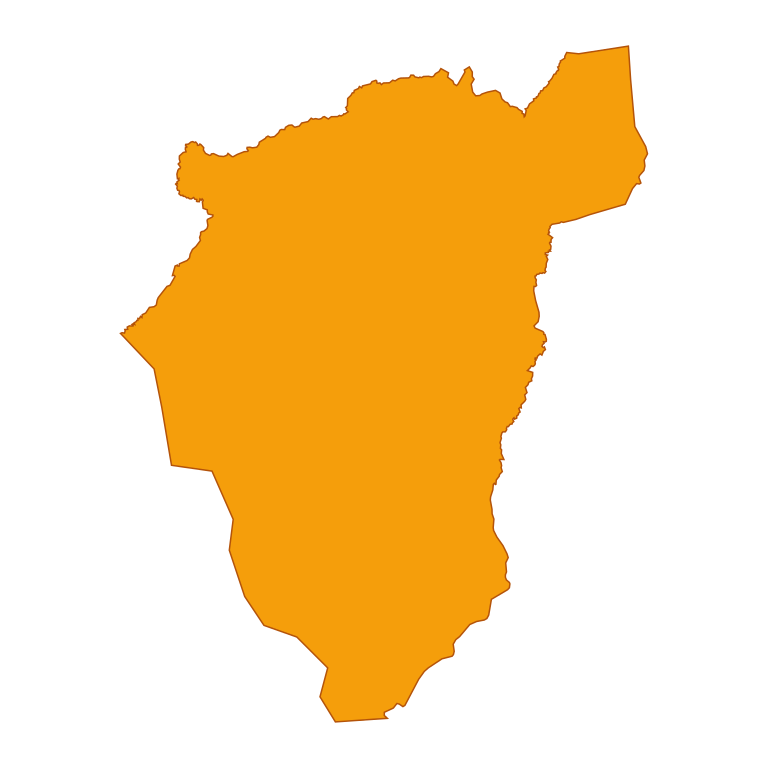 Tempane, Upper East, Ghana
{"feature_id": "2480657B5704764806917", "entity_name": "Tempane", "entity_type": "district", "adm_level": 2, "iso_a3": "GHA", "parent_name": "Ghana", "parent_adm1": "Upper East", "projection": "orthographic", "projection_center": [-0.066, 10.901], "detail": "fine", "context": "isolated", "style": "filled", "palette": "amber", "viewbox_px": 768, "rotation_deg": 0, "n_neighbors": 0, "source": "geoboundaries", "source_scale": "gbopen_adm2", "svg_char_len": 6041}
<svg xmlns="http://www.w3.org/2000/svg" viewBox="0 0 768 768"><path d="M387.3,718.3L384.3,715.5L384.3,712.3L393.4,708.0L396.9,703.5L399.3,704.1L402.9,706.6L404.9,705.4L418.7,679.2L424.3,671.4L428.5,667.7L442.0,658.8L452.1,656.2L453.4,654.6L454.2,651.3L453.2,644.2L455.8,639.6L459.6,636.6L469.8,624.5L476.6,621.5L484.3,620.0L486.9,618.5L488.7,615.1L491.4,599.3L507.6,589.7L509.4,587.7L509.9,583.9L509.4,582.5L506.4,579.9L505.4,577.3L505.4,574.8L506.5,571.9L505.7,562.9L508.2,557.6L507.0,553.8L503.0,545.7L496.9,537.1L493.6,530.5L493.2,527.6L493.9,519.1L492.1,513.8L492.0,509.3L490.3,500.0L490.6,496.8L492.8,489.9L493.3,484.4L494.3,483.3L495.3,484.5L495.9,484.3L496.3,480.0L499.2,476.2L499.5,474.5L502.3,471.6L501.1,467.6L501.6,465.7L501.0,462.6L499.4,460.0L500.0,459.4L503.9,459.5L501.3,453.6L501.6,449.8L500.4,448.4L500.8,444.8L500.0,442.7L501.4,438.2L500.9,436.6L501.9,432.9L502.8,431.9L505.4,431.8L506.7,429.7L506.4,428.4L507.2,426.5L508.4,426.6L510.1,424.3L512.1,424.0L512.5,422.6L513.8,421.6L512.8,419.6L513.0,418.8L514.0,417.8L514.6,419.1L516.7,418.2L516.8,415.8L518.3,414.8L518.6,413.1L520.1,412.0L518.8,408.6L519.9,407.5L521.3,407.9L521.1,404.8L524.7,401.3L525.8,399.4L524.7,394.9L527.0,392.6L525.4,387.4L528.0,384.7L528.7,382.3L531.8,380.8L531.4,378.8L532.6,376.0L532.7,372.4L527.4,370.6L530.1,367.9L531.3,365.9L533.0,366.5L534.6,365.2L535.3,363.8L535.0,361.4L536.2,359.8L535.0,359.2L535.2,358.0L536.9,358.2L537.7,356.0L540.1,353.9L541.9,355.1L543.4,351.3L545.4,349.6L544.4,346.9L543.4,347.6L542.0,346.5L542.4,344.8L544.1,343.3L543.5,341.7L545.3,341.9L546.3,341.3L546.4,339.3L545.0,334.5L543.8,334.3L543.8,332.6L542.8,331.5L535.1,328.1L534.0,325.9L538.1,321.7L539.2,316.3L539.0,312.3L535.6,300.5L533.7,290.8L534.0,286.4L535.5,286.5L536.6,285.5L535.9,282.4L536.3,279.8L535.1,277.7L535.0,276.1L536.1,275.8L536.7,274.4L539.0,274.0L539.8,273.1L542.1,273.4L543.0,272.6L544.6,273.1L545.9,271.5L545.0,270.4L545.5,267.9L546.1,267.2L546.3,263.2L547.8,259.5L546.3,256.4L547.6,255.1L545.3,254.5L545.3,252.9L548.4,252.4L548.4,251.2L550.5,251.1L549.6,249.9L550.7,249.3L551.0,246.1L549.5,243.2L549.7,242.4L551.0,242.3L551.1,239.4L552.6,237.7L548.0,234.2L549.0,233.2L548.7,232.5L549.4,232.2L548.6,230.8L549.1,229.1L550.2,227.6L549.9,226.5L552.0,224.3L559.7,223.0L561.3,221.8L563.3,222.4L575.9,219.4L589.8,214.6L625.3,204.2L632.5,188.6L636.6,183.6L639.4,184.0L640.9,183.0L638.8,177.3L639.6,175.4L643.9,170.5L644.9,166.0L644.2,160.1L647.5,153.8L645.7,146.6L634.8,126.6L630.6,79.5L628.4,46.1L578.7,53.8L566.7,52.5L564.8,56.3L564.8,58.2L560.3,61.0L560.5,62.1L559.3,63.8L558.9,66.5L557.7,67.0L558.7,69.4L558.3,70.5L557.5,70.5L556.0,72.6L556.0,73.7L553.9,74.4L552.0,78.3L549.3,81.5L548.6,81.6L549.1,83.2L546.2,86.8L543.9,87.9L542.6,90.6L540.6,90.9L540.1,93.0L538.9,93.5L538.3,95.5L537.4,96.8L536.5,96.8L536.3,98.0L533.5,98.9L533.8,100.8L529.5,103.9L527.5,108.1L525.1,108.9L526.2,110.5L525.1,115.8L524.2,116.8L523.8,114.0L522.1,113.4L522.2,111.4L518.6,109.4L517.0,107.6L512.3,106.3L510.3,106.6L507.5,102.7L505.2,102.0L501.9,98.9L500.0,93.0L495.5,90.4L487.5,92.1L481.9,94.0L479.9,95.5L475.7,95.8L472.7,92.1L471.2,84.1L474.1,79.2L472.3,76.7L472.3,72.0L469.3,66.9L464.3,70.0L465.0,72.0L458.1,84.0L456.6,85.6L454.0,84.0L452.9,81.1L447.6,77.2L448.5,72.8L440.9,68.6L439.0,71.6L435.4,73.7L433.5,76.4L431.5,76.9L428.6,76.3L423.5,76.5L421.7,77.6L419.8,77.1L418.8,77.8L414.9,76.9L413.6,75.2L410.9,75.1L409.7,77.3L408.7,77.9L400.8,78.1L398.6,78.7L395.2,80.9L392.7,80.2L389.5,82.8L383.4,83.0L381.4,84.6L380.0,82.9L378.0,83.3L376.8,82.9L376.8,81.1L375.9,80.3L372.0,81.6L370.5,83.9L362.5,85.9L361.7,87.8L359.4,86.5L358.4,88.5L354.3,90.4L353.8,92.7L352.3,92.9L350.9,95.4L347.7,98.5L347.4,105.8L345.7,107.6L346.5,108.4L346.4,109.9L348.2,111.8L345.0,113.9L343.7,113.9L343.5,114.6L341.1,116.0L339.4,115.4L337.6,116.6L331.3,116.7L328.3,119.0L324.4,116.6L323.0,117.0L321.4,118.5L318.8,119.3L315.6,118.6L313.0,119.2L311.2,118.2L308.0,121.6L301.7,123.0L299.3,126.1L295.3,127.1L294.5,127.1L291.9,125.0L288.8,125.3L285.5,127.3L284.7,129.6L281.3,129.5L279.9,130.2L278.7,132.6L274.5,136.6L270.4,137.3L268.0,136.1L266.0,137.3L265.5,138.3L259.3,142.2L258.8,144.6L256.7,147.2L252.5,147.8L249.9,147.2L247.1,147.4L246.9,148.8L248.3,150.6L247.7,151.4L244.2,151.7L237.3,154.4L233.2,156.7L232.0,156.6L228.0,153.4L226.8,155.3L223.7,156.5L218.9,156.1L213.5,153.6L211.4,153.9L210.7,155.2L209.6,155.4L205.5,153.4L203.4,150.1L203.7,147.6L201.0,144.7L199.9,144.0L198.9,145.3L197.5,145.4L197.4,144.0L195.7,142.0L194.4,142.5L192.8,141.6L191.0,142.0L188.4,144.1L185.7,144.4L185.5,145.2L186.8,146.7L186.7,147.3L185.5,147.3L185.3,149.3L186.1,151.8L183.2,152.5L179.4,156.0L179.3,159.2L180.2,162.0L178.2,164.0L180.5,167.1L179.9,168.7L178.8,168.9L177.9,170.3L176.9,174.1L177.4,178.7L178.9,178.4L178.5,179.6L179.1,180.2L176.9,182.0L177.4,183.7L176.1,183.5L175.6,184.1L177.4,186.2L176.9,188.2L177.6,190.2L179.1,190.6L179.5,191.8L178.9,193.8L180.9,195.5L182.9,195.3L183.2,196.3L185.2,196.5L186.7,197.9L188.2,197.6L189.3,198.7L191.3,198.9L193.7,197.5L194.8,199.2L196.8,199.5L196.5,201.2L197.0,201.6L199.3,201.7L200.0,199.0L201.2,200.2L202.1,198.9L203.2,200.3L202.4,202.2L203.1,208.3L207.3,209.9L207.3,211.9L208.2,214.0L212.9,215.0L212.9,216.2L212.0,217.2L207.5,219.4L207.1,220.6L207.9,225.6L207.0,228.6L203.9,231.1L201.4,231.7L200.6,232.6L200.6,234.7L199.6,237.4L200.4,240.5L195.9,246.5L192.5,249.4L190.2,254.1L189.5,257.9L187.1,260.5L179.4,263.8L179.1,266.1L177.5,266.0L177.3,265.1L175.1,266.0L172.4,275.6L174.3,275.4L175.1,276.4L170.0,285.3L167.0,286.4L158.3,297.5L157.2,300.1L156.3,305.0L154.1,306.7L149.4,307.4L145.7,313.0L142.2,314.7L141.9,317.5L140.5,316.4L139.4,318.6L137.9,318.4L137.9,320.4L136.9,320.4L136.1,321.7L134.1,322.8L134.7,324.4L133.2,323.7L132.0,324.4L133.2,325.1L133.0,326.0L129.3,325.9L127.2,327.1L127.7,329.3L124.8,329.5L125.2,330.8L124.5,333.1L122.1,332.7L120.5,333.4L154.1,368.9L161.8,407.4L171.5,465.3L212.0,471.1L233.2,519.3L229.3,550.2L244.7,596.5L264.0,625.4L296.8,637.0L327.7,667.9L320.0,696.8L335.4,721.9L387.3,718.3Z" fill="#f59e0b" stroke="#b45309" stroke-width="1.5"/></svg>